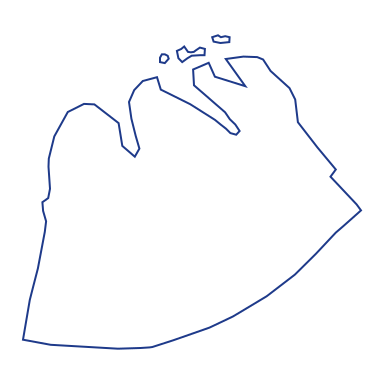 Dngronger, Palau
{"feature_id": "81905179B16593070408987", "entity_name": "Dngronger", "entity_type": "district", "adm_level": 2, "iso_a3": "PLW", "parent_name": "Palau", "parent_adm1": "", "projection": "mercator", "projection_center": [134.479, 7.344], "detail": "fine", "context": "isolated", "style": "outline", "palette": "blue", "viewbox_px": 384, "rotation_deg": 0, "n_neighbors": 0, "source": "geoboundaries", "source_scale": "gbopen_adm2", "svg_char_len": 1287}
<svg xmlns="http://www.w3.org/2000/svg" viewBox="0 0 384 384"><path d="M263.1,59.5L257.2,57.1L243.4,56.6L225.8,59.0L245.3,86.2L214.9,76.7L208.7,62.8L193.1,69.5L194.0,85.3L225.1,112.3L229.8,119.2L235.3,124.5L239.6,131.0L236.2,134.7L230.4,133.1L226.1,128.8L220.6,124.5L215.0,119.9L190.2,104.2L160.8,89.6L157.0,77.2L142.8,81.0L134.2,90.1L129.0,102.0L131.4,118.7L135.7,135.9L139.4,148.6L134.8,156.7L122.3,145.9L118.6,123.1L94.4,104.4L84.0,103.9L67.8,112.0L54.3,136.4L48.8,158.6L48.5,166.7L50.0,188.8L48.2,198.1L42.4,202.2L43.1,210.9L46.1,221.3L44.8,231.9L37.9,268.4L32.5,289.3L29.8,299.9L23.0,339.7L50.7,344.8L118.0,348.7L140.5,348.0L149.7,347.4L152.4,347.0L173.2,340.3L209.5,327.6L232.9,316.5L266.6,296.3L294.9,274.6L315.8,253.9L335.8,232.6L343.0,226.4L361.0,210.4L356.6,204.4L330.5,176.7L335.8,169.5L317.4,147.4L297.9,122.2L295.2,99.5L289.5,88.1L270.6,71.0L263.1,59.5ZM204.9,48.9L199.9,47.6L195.8,50.4L193.8,51.9L190.8,52.3L188.0,51.9L184.2,46.5L181.2,49.0L176.9,50.9L178.4,58.2L182.2,62.1L187.5,58.2L191.7,55.7L200.1,55.2L204.5,55.2L204.9,48.9ZM229.3,42.1L229.6,37.2L225.2,36.2L220.9,37.2L218.0,35.3L212.2,37.2L213.6,41.6L220.4,43.0L229.3,42.1ZM161.9,54.3L160.0,57.7L160.0,62.1L164.8,63.1L168.7,58.7L167.7,55.8L164.8,54.3L161.9,54.3Z" fill="none" stroke="#1e3a8a" stroke-width="2"/></svg>